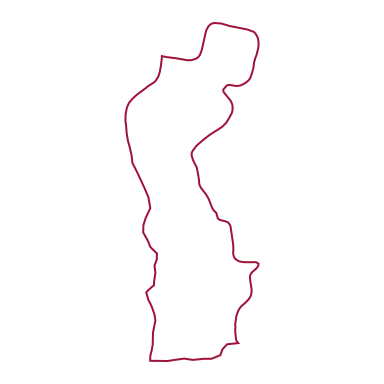 Pujon, Hamgyŏng-namdo, North Korea
{"feature_id": "82179303B63177642668058", "entity_name": "Pujon", "entity_type": "district", "adm_level": 2, "iso_a3": "PRK", "parent_name": "North Korea", "parent_adm1": "Hamgyŏng-namdo", "projection": "equal_earth", "projection_center": [127.625, 40.761], "detail": "fine", "context": "isolated", "style": "outline", "palette": "rose", "viewbox_px": 384, "rotation_deg": 0, "n_neighbors": 0, "source": "geoboundaries", "source_scale": "gbopen_adm2", "svg_char_len": 2104}
<svg xmlns="http://www.w3.org/2000/svg" viewBox="0 0 384 384"><path d="M150.2,360.8L153.4,360.9L158.9,360.9L167.7,361.0L175.3,359.8L184.1,358.6L192.8,359.9L203.8,358.8L211.4,358.8L220.3,355.2L222.6,349.1L227.1,344.3L238.2,343.1L236.8,341.4L236.0,339.3L235.2,331.5L235.4,326.5L235.2,324.0L236.4,315.9L238.0,311.4L239.3,308.8L241.2,306.4L246.0,302.1L248.4,299.6L250.1,297.2L251.0,295.1L251.5,292.5L251.6,289.7L250.9,284.4L250.4,282.0L249.9,276.8L250.6,274.2L252.3,272.0L256.6,268.2L258.3,265.8L258.5,263.6L255.8,262.1L253.3,262.2L244.3,262.2L241.5,261.9L239.1,261.3L237.0,260.2L234.7,258.3L233.6,255.7L233.1,253.1L233.4,250.1L233.2,244.6L230.6,226.8L229.9,224.7L228.0,222.4L225.2,221.2L220.0,220.0L217.8,218.4L216.3,212.9L213.8,210.5L212.3,208.2L208.7,199.0L206.2,194.6L200.9,187.8L199.6,185.1L199.1,182.8L199.0,180.2L198.2,174.9L196.8,167.7L192.9,159.8L191.6,155.3L191.8,152.5L193.1,150.2L196.7,145.5L203.2,139.9L209.9,134.7L222.1,126.9L226.0,123.0L229.2,118.0L231.7,113.3L232.4,111.1L232.6,108.4L232.5,105.5L231.8,103.3L230.7,100.8L223.5,91.9L223.3,90.1L223.4,89.4L226.9,85.4L229.3,84.8L235.8,86.0L240.2,85.6L244.5,83.5L246.5,82.2L248.7,80.2L250.1,78.2L251.9,73.5L253.5,67.5L254.0,62.9L255.1,58.7L256.7,54.4L258.3,47.8L258.6,43.1L258.0,38.2L256.9,36.1L255.8,34.0L253.9,31.9L247.3,29.5L237.9,27.6L230.0,26.1L221.2,23.5L214.4,23.0L211.9,23.5L209.8,24.9L208.2,26.8L206.9,29.0L206.0,31.2L201.7,50.3L199.9,55.0L198.4,56.9L196.3,58.6L191.7,60.1L187.2,60.2L175.7,58.2L166.5,57.1L161.9,56.1L161.8,58.2L161.0,65.2L159.8,72.0L158.3,76.6L155.7,80.7L153.7,82.6L147.3,86.7L145.9,88.0L137.0,94.6L132.8,98.4L129.1,102.7L127.1,107.1L126.5,109.5L125.6,114.6L125.4,120.4L126.1,125.7L126.7,133.4L128.0,141.1L129.3,145.5L131.5,155.0L132.2,160.2L132.3,162.6L138.0,174.0L144.2,187.4L148.4,197.2L150.3,208.2L145.7,217.9L143.4,225.2L143.2,232.5L147.4,239.9L150.5,247.2L156.9,253.4L156.8,259.5L154.5,265.6L155.4,272.9L154.1,281.4L154.0,285.1L148.5,289.9L146.2,292.4L148.3,299.7L151.4,305.8L154.5,314.4L155.4,320.5L153.0,332.7L152.7,345.0L151.5,351.1L150.3,355.9L150.2,360.8Z" fill="none" stroke="#9f1239" stroke-width="2"/></svg>